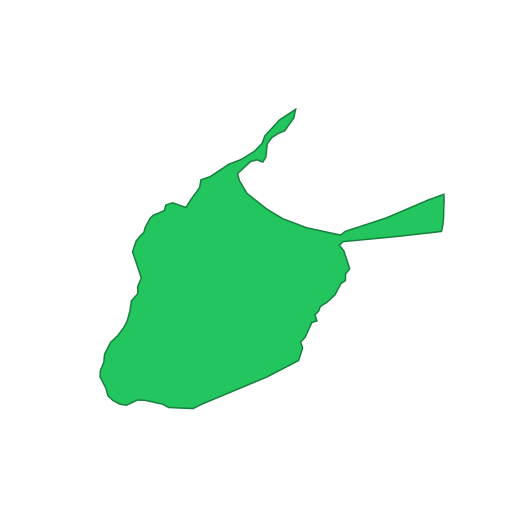 the district of Terra de Areia, Rio Grande do Sul, Brazil, rotated 333°
{"feature_id": "56859067B77707117894632", "entity_name": "Terra de Areia", "entity_type": "district", "adm_level": 2, "iso_a3": "BRA", "parent_name": "Brazil", "parent_adm1": "Rio Grande do Sul", "projection": "mercator", "projection_center": [-50.048, -29.591], "detail": "fine", "context": "isolated", "style": "filled", "palette": "green", "viewbox_px": 512, "rotation_deg": 333, "n_neighbors": 0, "source": "geoboundaries", "source_scale": "gbopen_adm2", "svg_char_len": 1321}
<svg xmlns="http://www.w3.org/2000/svg" viewBox="0 0 512 512"><g transform="rotate(333 256 256)"><path d="M346.8,274.6L340.9,275.8L313.9,253.8L296.9,235.1L286.9,219.0L276.4,196.2L275.4,181.2L277.0,174.1L294.0,169.4L300.4,170.7L304.7,175.4L309.6,172.4L316.9,161.2L323.8,157.7L331.4,156.9L338.3,157.5L352.3,150.2L357.9,143.3L338.5,145.5L318.4,153.0L312.8,158.3L302.4,161.9L287.1,163.3L273.4,161.9L251.0,164.5L241.5,163.1L236.9,169.4L224.7,175.6L215.5,180.9L205.8,170.7L198.8,169.7L194.9,173.9L189.8,173.6L183.0,173.0L178.5,174.5L170.2,180.3L166.8,184.1L162.2,185.5L155.9,188.3L147.9,196.2L143.9,223.4L136.5,229.8L133.7,235.9L124.6,239.4L118.8,247.6L111.6,255.6L105.7,259.7L96.3,264.3L87.4,266.9L76.5,274.7L72.3,281.4L65.2,287.6L62.2,292.8L62.2,306.0L60.6,313.3L62.9,319.7L67.4,326.2L72.8,330.1L85.1,330.6L91.6,334.2L99.4,340.6L105.2,345.3L109.5,351.4L130.7,363.4L139.8,363.4L210.7,368.7L246.4,368.5L255.8,359.1L256.7,352.9L262.9,350.7L275.6,340.6L280.8,341.5L281.8,335.2L286.9,333.5L290.5,330.1L298.1,329.5L308.6,326.5L319.2,319.1L324.5,318.5L327.8,312.5L333.7,309.9L336.6,291.4L335.1,284.1L340.3,282.8L394.6,304.2L412.7,310.9L419.6,313.6L432.4,318.3L437.1,312.5L440.8,306.5L445.3,298.1L448.6,292.3L451.4,286.3L435.1,284.3L396.6,281.7L388.8,281.1L346.8,274.6Z" fill="#22c55e" stroke="#15803d" stroke-width="1.5"/></g></svg>